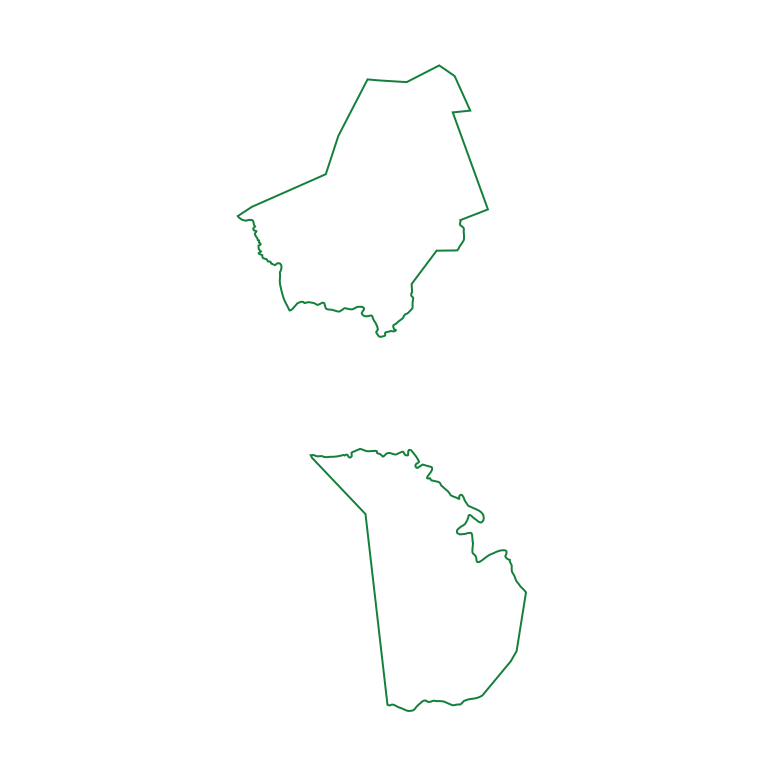 the district of San Sebastian, Comayagua, Honduras, rotated 96°
{"feature_id": "27666195B99754076346058", "entity_name": "San Sebastian", "entity_type": "district", "adm_level": 2, "iso_a3": "HND", "parent_name": "Honduras", "parent_adm1": "Comayagua", "projection": "natural_earth1", "projection_center": [-87.707, 14.215], "detail": "fine", "context": "isolated", "style": "outline", "palette": "green", "viewbox_px": 768, "rotation_deg": 96, "n_neighbors": 0, "source": "geoboundaries", "source_scale": "gbopen_adm2", "svg_char_len": 6161}
<svg xmlns="http://www.w3.org/2000/svg" viewBox="0 0 768 768"><g transform="rotate(96 384 384)"><path d="M243.5,325.2L241.9,324.1L239.2,323.1L234.0,320.3L232.5,319.7L231.4,319.6L227.5,320.0L224.2,320.7L222.3,320.7L221.3,320.8L220.5,321.2L220.0,321.6L218.9,323.3L218.2,324.6L217.8,325.0L216.3,325.2L214.1,324.8L213.1,325.3L199.5,298.9L106.7,344.0L103.1,326.8L70.4,345.9L61.4,362.4L81.4,393.0L82.6,420.4L82.8,432.2L141.9,455.3L181.4,463.8L221.6,533.9L232.3,547.0L233.1,546.3L233.8,545.4L235.2,542.9L235.6,541.7L235.9,539.8L236.0,538.4L235.5,537.0L235.1,536.1L234.8,535.2L234.9,533.9L234.7,532.9L234.9,532.0L235.8,531.0L239.3,530.0L240.8,528.7L242.8,530.2L243.4,530.3L243.9,530.1L244.8,529.4L245.1,527.5L245.4,526.9L246.2,527.2L247.8,528.1L248.3,528.1L249.0,527.8L250.8,526.6L252.3,525.2L254.1,524.6L254.2,524.4L254.1,523.7L254.5,523.2L255.4,523.0L256.1,523.2L256.4,523.2L256.8,522.1L257.3,521.6L257.9,521.3L258.4,521.5L259.0,522.3L259.2,523.0L259.5,523.2L261.0,523.1L262.7,522.7L263.6,522.0L265.1,520.2L266.5,522.0L267.0,522.3L267.4,522.1L267.9,521.0L268.5,518.6L270.9,518.0L271.2,517.8L271.5,517.2L271.6,516.5L272.0,515.2L272.2,513.9L272.6,513.4L273.9,512.5L274.3,512.0L274.3,511.6L274.2,510.6L274.3,509.9L275.1,509.1L275.9,508.9L276.1,508.5L276.4,507.2L277.2,505.1L276.8,504.4L275.1,502.7L274.9,500.8L275.0,500.2L275.3,499.8L276.7,498.5L278.3,498.2L280.5,498.2L281.8,498.5L283.4,499.1L284.0,499.2L286.9,498.7L292.7,498.4L296.4,497.6L302.0,495.7L309.3,492.8L314.0,490.1L316.3,488.4L320.7,485.7L320.8,485.4L320.4,484.7L319.2,483.0L313.0,478.7L311.5,476.3L310.8,474.5L310.9,472.8L311.1,472.4L311.7,471.8L311.8,471.5L310.5,467.7L310.7,463.3L310.9,461.9L311.8,459.9L312.3,458.2L311.6,456.9L309.7,453.9L309.5,453.4L309.5,452.8L309.7,452.2L310.2,451.7L314.6,449.9L315.0,449.5L315.3,449.0L315.7,447.6L315.6,444.6L315.9,441.9L316.2,440.3L316.6,438.4L316.7,437.1L316.6,436.0L316.2,435.3L314.1,432.7L313.1,431.8L312.7,431.1L312.7,430.6L313.2,426.0L313.1,423.7L312.7,422.6L310.1,418.6L309.7,415.9L309.6,413.6L310.4,412.2L310.8,411.7L311.2,411.6L312.3,411.9L315.4,413.5L316.1,413.5L317.0,412.9L317.6,412.3L318.1,411.6L318.6,409.7L318.4,407.8L317.2,404.1L317.3,403.5L317.7,402.9L318.5,402.4L320.1,401.7L322.1,400.5L324.2,398.7L327.1,397.0L329.0,396.2L330.4,395.8L331.2,396.3L331.7,396.3L332.9,397.1L333.7,397.1L336.6,394.6L337.2,393.9L337.5,393.0L337.2,391.3L336.4,389.1L335.9,388.2L335.6,388.0L334.7,387.9L333.3,388.3L332.7,388.0L332.3,387.5L331.3,384.3L330.6,383.0L330.7,379.6L329.7,378.0L329.4,377.8L329.1,377.9L328.9,378.1L328.9,378.8L328.7,379.3L327.5,380.2L325.8,380.9L325.1,380.9L324.6,380.7L323.8,379.9L323.1,378.5L322.0,377.7L320.3,376.1L317.0,372.6L316.2,372.0L314.5,371.4L312.9,370.5L312.4,369.9L311.7,368.7L310.7,367.4L305.9,363.7L304.6,363.6L299.6,364.1L295.7,363.9L295.3,364.0L294.8,364.4L293.7,365.8L292.6,366.3L291.2,366.3L289.7,365.6L281.7,367.0L245.9,345.6L243.5,325.2ZM462.5,449.4L464.9,447.9L515.3,388.8L702.7,347.0L703.1,345.0L702.9,344.1L702.2,343.2L701.9,341.3L702.4,339.7L703.6,336.7L704.2,334.9L704.5,333.3L706.4,327.3L706.6,325.5L706.2,323.0L705.5,320.9L703.9,319.3L702.1,318.3L699.6,316.4L697.4,314.2L695.9,313.0L694.7,311.1L694.4,309.5L695.6,306.9L695.2,304.6L694.1,302.5L693.7,301.0L693.9,299.5L693.8,297.1L693.5,295.9L693.5,291.4L696.3,282.5L696.3,281.6L695.2,277.9L694.9,276.3L694.8,274.6L693.1,273.0L690.9,271.4L689.3,268.2L688.6,266.3L687.0,260.1L686.3,258.2L685.1,256.0L683.6,253.7L646.6,229.0L635.8,224.2L576.4,221.0L575.0,222.3L570.7,227.5L568.8,229.1L566.7,231.3L564.9,232.5L561.3,234.2L557.7,236.9L556.0,237.5L551.2,238.0L549.8,238.7L548.7,239.6L547.8,240.0L546.7,240.4L545.8,240.4L545.5,241.9L545.1,243.0L544.0,244.4L542.9,245.3L542.2,245.3L540.7,244.7L538.9,244.5L537.8,244.7L537.1,245.2L536.8,246.3L536.9,248.6L537.6,251.2L538.9,254.3L540.5,256.8L542.2,260.0L543.2,261.6L545.3,264.1L549.2,268.2L550.8,270.3L551.3,271.4L551.3,272.3L551.0,273.0L550.5,273.3L547.2,274.1L546.1,274.6L544.5,276.0L543.4,277.6L542.8,278.1L542.0,278.5L538.9,278.8L532.7,278.8L532.4,278.9L532.4,279.1L532.2,279.2L524.8,280.6L523.6,281.2L523.2,281.6L523.1,282.1L523.1,283.5L523.5,285.0L524.6,287.6L525.6,292.6L525.5,293.2L525.1,294.5L524.7,295.3L524.2,295.8L523.5,296.0L522.4,296.1L521.7,295.9L520.9,295.5L518.1,292.9L516.7,290.9L515.5,289.5L514.6,288.7L513.6,288.2L512.0,287.5L510.4,286.9L508.2,286.3L506.4,286.2L505.5,285.7L505.3,285.1L505.5,284.2L506.5,282.6L507.8,281.0L509.8,277.5L510.9,275.9L511.5,274.3L511.6,273.2L511.3,272.4L510.6,271.8L509.3,271.0L508.5,270.8L507.0,270.8L505.3,271.1L503.9,271.7L502.9,272.3L501.4,274.0L500.1,276.1L499.1,278.8L496.7,286.3L496.3,287.4L495.0,288.6L491.5,291.5L488.1,293.2L486.8,294.3L486.2,295.0L486.1,295.6L486.2,296.2L486.6,296.7L487.4,297.3L488.0,297.5L490.1,297.1L490.4,297.4L490.3,298.2L489.5,299.9L488.8,302.9L488.2,304.7L487.9,305.6L487.4,306.2L485.5,307.7L483.7,309.6L482.1,312.1L478.8,316.6L478.3,317.0L477.0,317.6L476.1,318.7L475.7,319.8L474.8,327.0L472.9,328.4L473.4,330.1L473.4,330.6L473.2,331.1L472.8,331.4L471.8,331.2L470.3,330.4L467.4,328.6L464.7,327.4L463.3,327.2L462.1,327.6L461.7,328.0L461.5,328.6L461.2,330.8L460.1,336.9L460.3,337.5L460.7,338.1L461.8,339.1L462.9,340.8L463.9,341.7L464.0,342.4L463.7,343.2L463.2,343.7L462.4,344.1L461.6,344.2L460.9,344.1L460.4,343.8L458.1,341.2L457.7,341.0L456.3,341.8L454.2,343.3L452.3,344.9L448.1,349.0L447.1,350.2L446.9,350.7L446.9,351.9L447.1,352.3L447.6,352.6L448.7,352.8L452.1,352.6L452.3,352.8L452.6,353.6L452.6,354.8L452.3,355.5L451.5,356.3L450.0,357.2L449.5,357.8L449.4,358.3L449.6,359.1L451.6,362.6L452.6,364.2L452.9,365.0L452.9,366.6L452.0,370.9L452.1,372.0L452.4,373.1L453.1,374.4L456.0,376.8L456.3,377.5L454.2,380.3L453.5,383.5L452.6,383.9L451.7,384.0L451.5,384.4L451.4,386.6L451.9,388.1L451.9,389.1L452.4,391.5L452.6,393.4L452.3,395.7L451.4,398.9L451.0,400.9L454.9,408.0L455.4,408.8L456.0,409.1L458.4,408.6L459.3,408.6L460.2,409.2L460.6,410.0L460.7,410.7L460.4,411.4L458.7,412.6L458.3,413.1L458.1,413.6L458.4,414.6L459.2,415.5L459.2,415.9L458.8,416.7L459.9,419.8L461.1,423.8L461.7,427.1L462.2,430.9L462.8,433.4L462.8,436.0L462.4,437.2L462.2,438.4L462.9,442.6L462.6,444.7L462.0,446.4L462.5,449.4Z" fill="none" stroke="#15803d" stroke-width="2"/></g></svg>